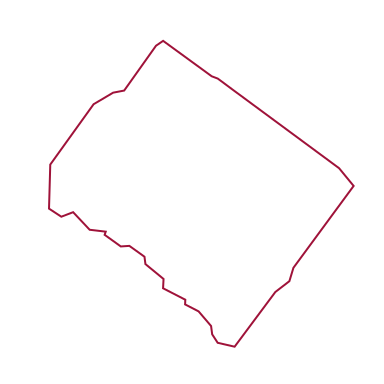 the district of Meriwether, Georgia, United States of America, rotated 126°
{"feature_id": "52423323B31070060965001", "entity_name": "Meriwether", "entity_type": "district", "adm_level": 2, "iso_a3": "USA", "parent_name": "United States of America", "parent_adm1": "Georgia", "projection": "mercator", "projection_center": [-84.624, 33.037], "detail": "fine", "context": "isolated", "style": "outline", "palette": "rose", "viewbox_px": 384, "rotation_deg": 126, "n_neighbors": 0, "source": "geoboundaries", "source_scale": "gbopen_adm2", "svg_char_len": 568}
<svg xmlns="http://www.w3.org/2000/svg" viewBox="0 0 384 384"><g transform="rotate(126 192 192)"><path d="M292.1,66.6L223.9,65.8L206.9,60.8L193.7,65.4L124.7,65.0L92.1,64.8L86.3,87.0L85.3,220.4L85.1,237.8L86.8,244.1L86.7,304.2L94.8,307.1L149.8,306.5L158.0,314.2L178.8,323.2L253.1,322.8L289.5,297.9L288.8,283.2L278.2,276.3L282.7,252.6L274.8,238.5L278.0,237.5L277.9,217.6L272.4,211.0L272.3,192.4L277.7,187.3L279.1,163.9L286.9,158.8L283.1,134.1L287.0,131.5L284.7,116.5L289.2,97.8L295.3,92.0L298.9,82.6L292.1,66.6Z" fill="none" stroke="#9f1239" stroke-width="2"/></g></svg>